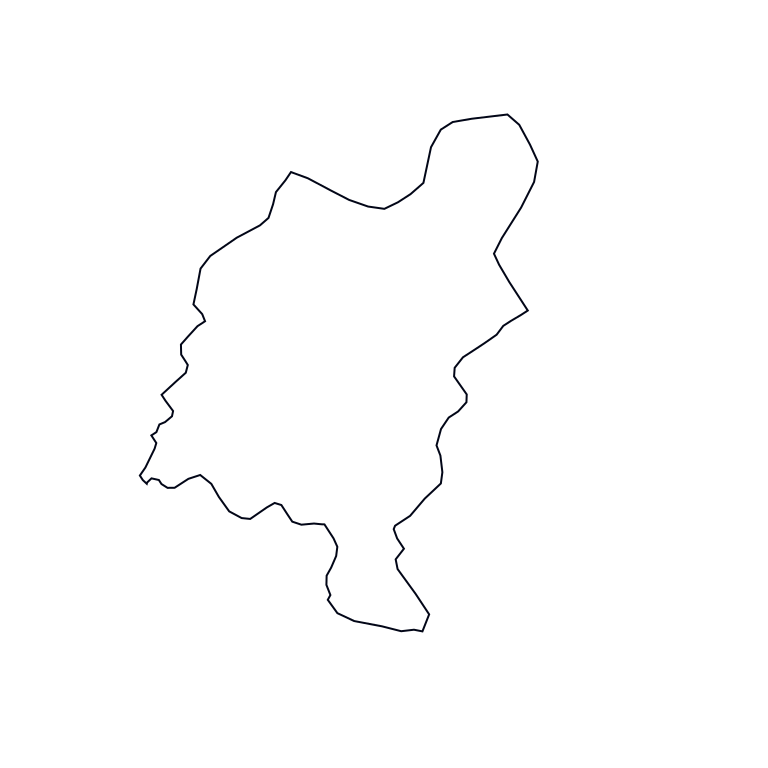 map outline of Zenica-Doboj (Albers equal-area conic projection), rotated 57°
{"feature_id": "BIH-2889", "entity_name": "Zenica-Doboj", "entity_type": "Canton", "adm_level": 1, "iso_a3": "BIH", "parent_name": "Bosnia and Herzegovina", "parent_adm1": "", "projection": "albers", "projection_center": [18.196, 44.316], "detail": "fine", "context": "isolated", "style": "outline", "palette": "ink", "viewbox_px": 768, "rotation_deg": 57, "n_neighbors": 0, "source": "natural_earth", "source_scale": "10m", "svg_char_len": 1677}
<svg xmlns="http://www.w3.org/2000/svg" viewBox="0 0 768 768"><g transform="rotate(57 384 384)"><path d="M155.6,346.6L170.0,335.8L192.2,323.5L210.6,313.0L226.5,300.7L237.3,288.3L239.2,273.3L239.2,258.2L236.8,241.4L226.1,230.7L211.0,215.6L201.6,197.8L201.7,183.7L209.3,166.0L225.2,133.7L240.3,129.4L262.9,131.2L281.2,133.9L296.3,148.1L310.7,172.9L325.8,205.7L334.6,220.8L346.6,222.5L366.8,223.4L400.7,223.4L400.7,231.3L400.2,243.3L400.2,252.3L404.0,262.7L404.5,277.7L404.6,290.4L404.6,303.2L408.9,315.9L415.8,321.1L437.8,320.3L444.2,324.8L447.4,336.8L447.4,348.0L452.8,360.7L464.1,373.4L474.8,375.7L489.8,383.1L498.4,390.5L502.3,412.2L508.8,433.9L508.9,451.9L511.0,454.9L520.7,457.1L533.0,457.0L537.4,469.7L546.6,473.4L577.2,471.8L601.8,471.6L612.4,486.5L606.4,492.7L600.7,504.2L586.2,517.6L566.6,538.1L550.8,547.9L534.4,548.7L531.8,543.9L521.1,541.7L513.5,536.5L509.2,528.3L502.2,517.8L495.1,511.8L486.0,510.4L478.5,510.4L469.3,510.4L467.7,512.7L462.9,518.7L457.0,529.9L449.5,535.9L440.9,536.0L429.6,536.0L424.2,540.5L423.7,549.5L424.3,569.7L418.9,576.4L406.5,583.2L388.8,584.0L373.7,583.2L360.2,587.7L357.0,599.7L357.0,616.1L353.2,622.1L346.7,625.1L341.9,625.1L336.5,630.4L337.6,636.3L338.5,637.3L333.2,638.6L327.8,638.6L324.1,629.6L313.3,611.6L309.5,607.1L305.8,607.1L300.4,607.1L300.4,601.1L295.6,594.4L296.7,588.4L295.6,579.4L291.8,575.6L278.9,576.4L271.9,576.4L268.7,557.6L266.6,544.1L261.2,538.2L256.4,538.1L248.9,538.1L240.3,532.8L237.6,523.1L233.9,508.9L233.9,499.9L226.4,498.4L213.5,500.5L202.3,489.3L187.3,475.0L182.0,460.0L181.1,427.8L183.4,401.6L181.8,390.4L172.8,379.1L164.2,370.1L159.5,355.8L155.6,346.6Z" fill="none" stroke="#020617" stroke-width="2"/></g></svg>